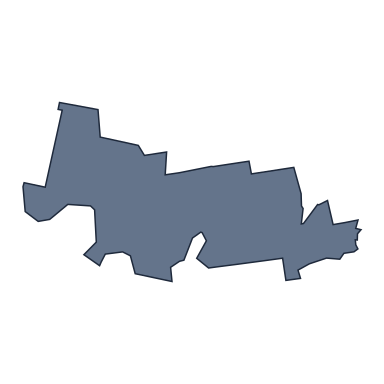 outline of Hampshire, Massachusetts, United States of America
{"feature_id": "52423323B42715000983787", "entity_name": "Hampshire", "entity_type": "district", "adm_level": 2, "iso_a3": "USA", "parent_name": "United States of America", "parent_adm1": "Massachusetts", "projection": "robinson", "projection_center": [-72.588, 42.37], "detail": "fine", "context": "isolated", "style": "filled", "palette": "slate", "viewbox_px": 384, "rotation_deg": 0, "n_neighbors": 0, "source": "geoboundaries", "source_scale": "gbopen_adm2", "svg_char_len": 1027}
<svg xmlns="http://www.w3.org/2000/svg" viewBox="0 0 384 384"><path d="M49.7,219.4L67.8,204.4L90.5,205.9L94.6,209.8L96.3,242.1L83.9,254.7L99.6,265.7L101.1,262.2L105.3,254.1L122.6,251.9L130.4,255.8L135.2,273.7L172.0,281.5L170.6,267.3L179.5,261.3L183.9,260.2L192.5,238.0L200.8,232.1L202.1,232.6L206.4,240.8L196.7,258.3L208.6,268.0L216.8,266.9L226.9,265.6L235.6,264.5L265.7,260.5L282.6,258.2L285.9,280.4L300.5,278.4L298.0,270.1L309.2,263.9L310.0,263.6L326.5,258.1L339.8,259.2L343.9,253.3L354.0,251.8L357.9,248.9L355.8,244.9L355.3,239.8L357.3,240.0L357.5,233.8L361.0,229.7L355.7,228.4L358.0,220.0L344.8,222.6L333.1,224.6L327.5,200.5L318.9,204.8L317.6,204.5L303.5,223.5L301.3,223.9L303.1,208.5L301.5,206.0L301.1,193.7L293.8,167.4L251.4,173.9L249.0,161.2L227.8,164.4L213.3,166.6L211.2,166.4L179.0,172.8L165.2,174.8L166.6,152.0L144.4,155.4L138.3,145.4L100.2,137.1L98.0,109.6L59.5,102.5L58.1,109.4L62.2,110.2L45.2,187.2L24.1,182.7L23.0,186.7L25.2,211.6L38.2,221.4L49.7,219.4Z" fill="#64748b" stroke="#1e293b" stroke-width="1.5"/></svg>